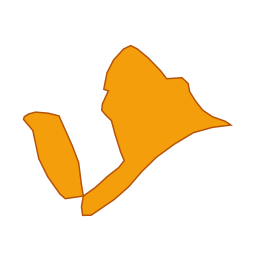 an SVG outline of Brunei, rotated 172°
{"feature_id": "BRN", "entity_name": "Brunei", "entity_type": "country or territory", "adm_level": 0, "iso_a3": "BRN", "parent_name": "Asia", "parent_adm1": "", "projection": "albers", "projection_center": [114.782, 4.523], "detail": "fine", "context": "isolated", "style": "filled", "palette": "amber", "viewbox_px": 256, "rotation_deg": 172, "n_neighbors": 0, "source": "natural_earth", "source_scale": "50m", "svg_char_len": 811}
<svg xmlns="http://www.w3.org/2000/svg" viewBox="0 0 256 256"><g transform="rotate(172 128 128)"><path d="M181.7,66.8L168.4,73.8L155.4,82.7L142.4,90.3L136.3,96.3L138.5,104.7L141.6,123.1L143.4,137.6L147.9,143.4L151.5,149.1L150.0,155.4L142.3,167.4L146.6,169.7L141.1,185.6L132.8,197.4L121.3,206.9L113.9,209.2L107.9,205.1L98.3,194.6L87.7,180.0L82.8,171.4L67.6,170.3L62.2,163.6L61.9,155.4L57.6,145.7L51.6,135.3L42.7,127.3L30.7,121.1L25.7,116.6L44.1,116.9L63.8,114.3L84.1,105.7L103.6,95.3L120.0,83.3L135.4,69.8L151.5,59.2L176.6,46.8L185.1,47.8L185.0,56.6L181.7,66.8ZM200.0,66.8L204.6,72.1L214.3,91.0L220.6,110.0L222.6,138.8L230.3,151.1L229.1,153.6L224.5,155.7L217.4,156.6L205.0,153.8L194.7,149.6L185.7,118.3L181.7,100.7L182.0,79.6L181.7,66.8L200.0,66.8Z" fill="#f59e0b" stroke="#b45309" stroke-width="1.5"/></g></svg>